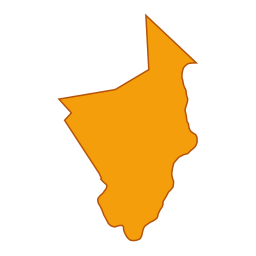 Mason, West Virginia, United States of America (Equal Earth projection), rotated 180°
{"feature_id": "52423323B68405193247376", "entity_name": "Mason", "entity_type": "district", "adm_level": 2, "iso_a3": "USA", "parent_name": "United States of America", "parent_adm1": "West Virginia", "projection": "equal_earth", "projection_center": [-82.067, 38.752], "detail": "fine", "context": "isolated", "style": "filled", "palette": "amber", "viewbox_px": 256, "rotation_deg": 180, "n_neighbors": 0, "source": "geoboundaries", "source_scale": "gbopen_adm2", "svg_char_len": 1528}
<svg xmlns="http://www.w3.org/2000/svg" viewBox="0 0 256 256"><g transform="rotate(180 128 128)"><path d="M96.7,44.4L96.2,45.5L93.6,49.6L93.0,51.7L93.1,53.7L92.7,54.8L89.9,59.5L87.5,64.0L85.6,65.8L83.1,68.8L82.6,71.4L82.4,74.7L83.4,77.3L83.7,78.7L84.0,80.0L84.3,82.2L83.5,87.7L82.5,92.1L81.7,93.6L77.4,98.6L76.1,99.4L71.9,101.5L68.3,102.4L65.8,105.0L62.7,107.5L61.1,109.1L60.2,110.3L58.9,113.7L58.9,116.7L59.2,119.2L60.4,121.4L63.3,123.2L65.1,124.6L65.9,125.7L66.9,127.8L67.6,132.4L68.7,133.9L69.1,135.3L69.7,140.0L70.3,142.7L70.9,145.5L70.8,146.9L70.1,149.4L68.6,154.2L68.3,157.1L69.3,160.2L69.8,162.6L70.0,165.5L72.0,169.8L72.7,172.3L73.4,176.2L73.9,177.6L74.1,179.1L74.1,181.8L73.2,186.2L72.5,188.1L71.1,189.9L69.0,191.7L67.4,192.5L63.9,193.0L59.7,193.1L110.1,240.6L107.2,186.4L140.3,166.7L142.1,166.2L197.1,156.9L184.6,143.1L191.4,135.7L179.1,116.8L157.0,82.9L154.7,78.1L155.2,76.7L154.7,76.4L153.0,74.4L149.6,71.4L149.2,70.7L149.1,69.9L149.7,67.5L152.0,64.5L152.4,63.7L154.2,61.7L155.3,61.0L157.6,58.2L157.9,57.7L158.3,56.0L157.7,52.8L155.8,49.7L154.0,46.0L152.2,41.1L149.7,36.6L147.6,32.5L146.5,31.4L145.0,30.2L142.0,29.1L139.6,29.5L139.1,29.8L137.0,30.4L135.1,30.6L134.0,30.5L133.4,30.3L132.9,29.8L132.6,29.3L132.4,26.7L132.1,25.3L131.1,22.7L129.7,20.1L128.6,18.4L126.4,16.3L124.9,15.6L121.7,15.4L118.7,16.0L116.0,17.2L115.2,18.4L114.3,20.3L113.0,26.0L112.0,28.6L111.2,29.8L109.0,31.5L105.9,33.7L102.7,35.2L99.7,37.3L98.9,38.1L98.4,39.3L97.9,41.9L96.7,44.4Z" fill="#f59e0b" stroke="#b45309" stroke-width="1.5"/></g></svg>